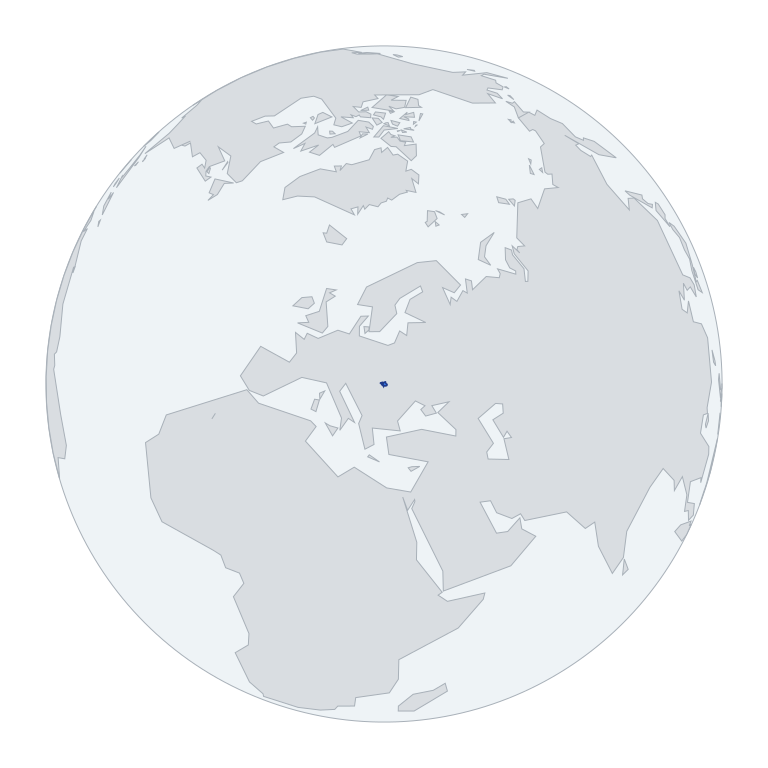 Szabolcs-Szatmár-Bereg on an orthographic globe, rotated 18°
{"feature_id": "HUN-3169", "entity_name": "Szabolcs-Szatmár-Bereg", "entity_type": "County", "adm_level": 1, "iso_a3": "HUN", "parent_name": "Hungary", "parent_adm1": "", "projection": "orthographic", "projection_center": [22.06, 48.0], "detail": "fine", "context": "on_globe", "style": "filled", "palette": "blue", "viewbox_px": 768, "rotation_deg": 18, "n_neighbors": 0, "source": "natural_earth", "source_scale": "10m", "svg_char_len": 12163}
<svg xmlns="http://www.w3.org/2000/svg" viewBox="0 0 768 768"><g transform="rotate(18 384 384)"><circle cx="384" cy="384" r="338" fill="#eef3f6" stroke="#a8b0b8"/><path d="M221.1,88.0L241.6,78.1L260.5,75.5L250.9,78.9L256.5,78.6L268.9,74.5L275.7,72.0L311.8,70.7L353.1,66.4L365.2,61.9L363.3,66.0L385.6,56.1L407.4,55.0L383.3,58.5L381.3,60.7L396.3,60.6L397.5,63.0L405.4,64.6L405.5,67.7L391.4,70.3L391.1,72.6L401.8,72.5L408.6,76.1L392.9,75.8L403.1,82.3L381.4,89.5L339.5,88.9L327.9,98.1L285.8,112.0L290.1,114.4L276.9,122.1L276.8,128.0L269.0,129.6L275.8,133.1L282.9,130.6L288.2,131.4L288.9,134.9L279.0,137.2L277.3,135.8L274.7,138.4L269.5,138.2L272.5,140.3L260.5,143.2L273.2,145.6L264.3,152.4L256.2,153.0L256.0,146.0L236.7,132.3L228.3,132.0L216.7,137.9L196.9,162.9L188.1,166.0L176.9,175.1L182.1,176.2L192.8,169.6L199.8,174.7L211.9,166.7L216.6,167.9L229.5,163.2L228.5,171.6L220.6,182.6L209.8,187.2L206.0,192.5L217.0,194.8L197.8,210.7L186.5,234.5L181.4,238.2L169.9,232.3L167.9,214.5L153.1,209.6L163.6,221.0L150.7,231.2L149.0,236.6L150.2,241.2L155.5,240.7L151.3,246.3L139.3,236.4L143.0,231.2L146.7,234.1L145.7,226.2L137.5,220.9L131.6,227.1L125.5,214.6L121.2,219.2L117.5,219.4L124.8,212.8L111.6,224.8L103.5,216.4L85.4,238.8L102.2,212.0L107.5,201.0L112.4,190.3L109.4,193.6L120.0,176.6L122.7,170.4L116.2,177.9L134.1,156.6L153.6,136.8L174.7,118.7L197.3,102.4L221.1,88.0ZM91.1,215.5L92.2,213.9L87.0,224.5L82.0,232.3L91.1,215.5ZM74.5,248.4L69.8,259.8L67.7,265.0L74.5,248.4ZM55.7,303.8L53.9,311.6L54.8,310.6L54.7,319.0L51.0,332.1L53.9,327.8L51.8,341.5L53.8,368.0L52.7,368.9L53.9,407.2L61.1,439.1L62.7,454.6L61.3,457.5L65.1,468.0L65.3,472.1L85.9,512.9L100.9,540.6L103.5,553.8L96.8,554.7L104.7,574.2L104.3,573.6L90.7,551.9L78.8,529.1L68.7,505.6L60.4,481.3L53.9,456.5L49.4,431.2L46.8,405.7L46.1,380.0L47.4,354.4L50.6,328.9L55.7,303.8ZM80.8,244.6L68.9,280.0L70.8,266.9L71.3,267.7L75.4,257.1L81.2,241.5L84.2,231.4L80.8,244.6ZM86.3,244.3L87.9,239.2L87.0,243.3L86.3,244.3ZM278.5,70.7L269.0,74.3L257.4,77.4L265.2,74.0L278.5,70.7ZM300.7,66.8L296.6,68.7L290.7,67.9L294.9,67.0L300.7,66.8ZM373.6,58.5L365.7,59.2L373.0,57.8L373.6,58.5ZM406.5,64.3L408.4,63.5L411.8,64.7L406.5,64.3ZM229.2,159.0L229.3,161.0L226.8,160.8L229.2,159.0ZM234.6,155.2L231.7,153.5L233.8,151.4L235.6,152.5L234.6,155.2ZM414.8,70.8L419.6,73.4L412.3,71.1L414.8,70.8ZM237.8,157.8L238.0,148.1L241.9,144.6L251.9,146.1L237.8,157.8ZM420.8,75.2L432.5,82.2L437.7,80.7L429.6,89.4L422.3,80.2L412.5,77.5L419.4,77.3L420.8,75.2ZM284.9,128.3L277.3,131.1L283.0,125.7L284.9,128.3ZM287.2,124.7L297.1,108.2L308.6,106.2L303.0,111.9L317.4,107.4L318.1,114.5L310.4,118.6L302.8,118.3L308.9,121.4L287.2,124.7ZM423.2,93.5L423.9,95.8L420.5,93.9L423.2,93.5ZM290.8,131.3L291.8,127.9L301.8,125.9L301.7,132.4L298.5,130.9L290.8,131.3ZM320.8,102.9L328.3,102.8L330.9,108.5L334.1,109.3L319.2,114.5L320.8,102.9ZM296.5,133.1L301.4,135.8L297.2,140.0L290.5,134.6L296.5,133.1ZM304.5,122.8L309.2,122.3L306.5,124.6L304.5,122.8ZM285.3,157.3L286.2,152.8L291.5,151.2L285.3,157.3ZM303.5,136.5L304.9,135.1L307.1,134.1L309.3,136.8L303.5,136.5ZM322.1,118.3L321.6,120.9L328.3,116.5L330.6,120.9L320.2,123.7L325.6,124.3L326.3,125.7L317.0,126.6L322.1,118.3ZM318.2,136.7L305.7,142.4L302.8,150.7L298.0,152.2L303.6,138.5L318.2,136.7ZM318.3,130.6L317.2,134.6L311.8,134.2L309.2,131.2L318.3,130.6ZM335.9,123.0L335.1,115.5L337.4,115.2L335.9,123.0ZM318.4,139.1L321.4,137.7L318.8,139.7L318.4,139.1ZM331.7,127.9L331.1,125.2L333.8,124.9L331.7,127.9ZM327.9,137.4L323.9,139.1L322.0,137.0L327.9,137.4ZM330.5,133.1L334.3,133.4L323.8,135.2L329.8,131.9L330.5,133.1ZM334.3,128.1L335.7,127.1L334.2,129.3L334.3,128.1ZM337.3,144.7L324.5,147.5L320.4,142.7L333.4,140.6L337.3,144.7ZM197.5,564.3L175.3,513.4L185.3,501.3L186.5,480.7L255.3,431.8L270.6,441.0L325.6,441.7L332.6,445.4L326.9,462.6L368.9,486.6L381.4,472.3L418.6,482.0L442.8,478.5L450.0,444.4L410.4,449.5L402.7,433.7L433.8,415.5L468.4,411.3L466.5,405.1L444.0,394.5L451.3,380.8L436.2,389.8L442.8,395.5L433.5,401.6L426.9,396.9L429.7,392.0L419.1,390.4L408.3,415.0L413.9,423.6L386.5,429.5L393.2,444.6L386.0,451.9L372.1,429.4L372.9,420.8L347.4,395.2L344.1,404.6L367.9,429.7L360.7,427.7L356.3,441.7L354.1,429.5L329.0,400.7L303.8,403.1L272.9,432.7L257.9,431.7L244.9,420.6L255.1,386.3L287.3,392.5L291.3,381.5L283.9,362.3L294.3,366.2L295.3,359.5L307.3,361.0L323.5,347.1L335.6,347.1L341.1,326.7L348.1,324.2L342.8,336.7L345.7,345.9L375.8,346.1L381.3,341.7L382.5,328.7L390.6,330.9L387.9,318.4L404.7,312.6L381.9,309.6L382.6,295.5L392.3,284.4L388.4,279.5L372.6,297.7L370.0,305.6L374.4,313.1L363.7,335.5L353.6,338.9L349.2,314.2L334.3,316.6L337.4,297.2L378.1,258.3L395.6,250.5L426.2,266.2L422.6,275.5L409.9,274.2L422.4,288.0L421.0,280.7L427.8,282.9L430.2,270.8L435.1,271.8L429.0,258.9L435.3,258.9L439.1,267.0L448.0,250.2L460.8,247.3L460.4,243.1L456.4,239.4L475.4,238.8L474.3,235.8L467.7,234.7L461.2,228.3L457.1,216.9L463.9,217.2L466.3,221.4L481.5,231.1L486.8,242.8L489.1,241.9L486.1,231.9L467.6,219.9L463.2,213.0L472.6,217.4L468.9,215.2L468.8,211.9L475.1,209.2L465.1,204.0L455.3,170.3L466.6,162.5L476.0,169.6L476.4,148.8L489.0,143.3L482.9,142.1L478.9,132.4L474.9,133.9L471.6,132.7L459.6,110.2L462.1,105.8L449.9,96.4L446.8,96.0L444.3,98.6L429.6,89.4L437.7,80.7L444.4,81.9L444.9,76.2L460.3,80.1L473.2,81.2L489.6,89.8L498.4,90.6L497.6,88.3L508.9,88.3L535.0,97.1L517.5,99.5L479.0,91.6L495.1,95.3L492.5,97.6L498.9,101.0L510.2,103.8L510.8,102.1L534.3,125.2L563.5,142.6L558.8,132.0L564.4,129.9L593.5,144.0L634.4,187.9L642.3,188.5L648.4,193.9L654.1,204.7L645.3,197.0L643.4,201.2L637.6,195.6L643.8,211.5L635.7,204.2L644.4,220.8L650.4,222.7L647.9,210.9L659.0,229.2L667.3,228.7L677.5,240.1L694.9,281.0L698.6,306.7L700.7,312.0L697.3,314.7L700.2,333.0L712.3,343.1L714.5,350.5L715.7,380.0L714.4,375.1L705.6,382.2L709.2,402.8L716.1,401.8L718.7,413.1L715.7,419.5L712.5,410.3L709.2,412.3L706.3,395.8L696.4,379.9L693.1,395.6L689.7,386.0L675.6,378.1L668.8,400.2L660.4,449.1L665.3,475.0L659.7,493.6L638.1,472.1L627.1,450.2L620.1,459.2L597.2,449.2L560.1,470.3L554.0,465.2L547.2,472.4L530.9,471.6L521.4,462.1L511.9,466.7L537.1,491.1L547.2,486.1L554.6,469.3L559.8,479.2L575.4,481.9L560.8,517.7L504.4,562.6L497.8,543.8L448.9,493.9L449.7,486.5L449.5,485.7L448.8,484.4L445.5,496.8L436.7,485.7L464.1,524.4L469.2,541.2L503.7,564.1L500.7,568.1L511.5,571.1L544.5,551.6L544.9,558.1L530.0,593.1L483.3,641.6L488.9,660.3L484.5,676.1L454.0,691.0L455.5,699.4L439.6,704.6L437.7,708.7L424.2,713.8L402.2,718.1L366.0,718.3L364.7,716.0L348.1,708.9L325.5,685.5L335.6,674.1L332.7,663.1L306.5,632.8L312.3,616.9L305.0,608.5L290.2,607.7L281.7,597.1L272.6,594.8L215.4,583.6L197.5,564.3ZM232.7,464.0L231.1,470.2L231.1,470.3L232.7,464.0ZM506.2,423.2L526.1,417.2L515.0,399.0L521.8,395.5L515.6,390.9L514.1,397.8L498.6,384.4L506.4,374.9L503.0,366.3L496.1,368.0L484.2,387.7L506.4,406.6L502.7,416.9L506.2,423.2ZM54.0,368.7L53.8,374.5L53.1,370.2L54.0,368.7ZM68.6,269.9L67.3,275.5L65.7,280.2L66.3,276.7L68.6,269.9ZM63.6,315.7L63.3,323.0L62.5,317.5L63.6,315.7ZM67.6,285.4L63.8,310.3L62.5,301.2L65.3,285.8L64.8,293.4L67.6,285.4ZM81.8,248.5L80.4,252.6L79.2,253.8L81.8,248.5ZM85.6,247.4L85.7,246.3L87.5,242.9L85.6,247.4ZM151.4,231.7L152.3,232.7L152.4,238.0L150.0,236.8L151.4,231.7ZM167.0,255.3L159.8,263.8L163.3,256.6L158.6,256.2L159.9,241.2L178.9,239.3L170.1,242.6L167.0,255.3ZM167.1,221.5L164.0,230.6L166.6,220.8L167.1,221.5ZM288.5,323.3L292.8,328.7L288.6,335.9L273.2,337.8L279.2,327.2L288.5,323.3ZM300.0,334.9L299.9,310.9L309.5,309.3L304.1,314.1L310.5,315.5L303.6,323.8L312.8,346.6L309.6,354.6L282.9,352.6L293.4,348.6L288.5,343.2L300.0,334.9ZM282.9,258.3L283.0,249.6L303.6,257.3L301.1,264.7L285.6,266.6L279.4,259.0L282.9,258.3ZM255.4,163.0L254.1,160.3L256.9,159.5L260.2,161.1L255.4,163.0ZM285.3,155.3L263.9,174.2L261.4,171.9L252.0,186.5L241.5,186.5L248.0,176.9L232.9,188.2L234.5,179.6L225.1,188.1L240.5,166.7L241.4,159.9L244.4,167.4L254.0,167.5L258.3,165.5L271.5,155.0L278.0,141.2L288.6,139.6L294.3,142.3L294.3,145.3L287.5,145.2L292.4,149.5L282.5,151.7L285.3,155.3ZM354.9,183.0L346.9,180.0L355.2,191.9L345.3,193.0L346.9,194.3L340.1,198.8L334.5,206.7L330.0,206.0L329.8,209.4L325.3,212.7L323.5,217.3L314.6,217.9L311.7,223.7L309.2,220.7L306.5,230.6L304.5,223.6L298.5,227.6L303.6,232.3L260.2,227.5L243.6,232.0L230.8,240.0L229.1,227.7L239.9,212.7L256.9,199.1L273.1,196.9L269.4,192.1L276.1,189.8L276.2,194.6L280.0,186.0L285.6,185.4L300.6,175.3L302.6,164.0L308.2,160.3L310.2,164.5L314.3,157.9L321.9,163.5L326.0,161.2L337.6,164.7L339.0,174.8L343.6,171.4L352.6,174.4L354.9,183.0ZM340.4,145.9L344.3,156.9L340.9,163.2L322.2,154.6L317.3,155.9L305.2,151.3L310.5,142.6L313.5,144.6L317.6,144.6L314.3,147.3L320.0,145.2L324.3,148.1L329.9,147.3L329.7,151.0L340.4,145.9ZM340.2,439.2L345.5,440.4L353.8,440.1L351.1,449.2L340.2,439.2ZM322.7,419.9L327.5,419.2L327.8,431.3L322.3,430.4L322.7,419.9ZM329.8,408.9L327.7,418.3L325.5,412.7L329.8,408.9ZM347.2,335.6L352.3,334.3L352.9,337.4L350.3,341.8L347.2,335.6ZM377.4,220.9L373.3,217.6L374.8,215.9L371.8,205.7L378.8,204.5L383.4,210.2L377.4,220.9ZM443.5,451.3L436.7,458.7L432.9,456.2L436.0,454.1L443.5,451.3ZM391.9,455.9L403.8,459.5L391.0,458.3L391.9,455.9ZM384.6,217.9L382.5,213.7L387.3,215.7L384.6,217.9ZM383.8,203.1L389.4,204.5L379.4,203.2L383.8,203.1ZM539.2,656.5L513.7,685.7L498.6,690.6L497.2,685.9L507.6,670.1L525.5,660.1L534.7,649.7L539.2,656.5ZM718.1,434.5L715.7,441.4L706.1,434.5L709.7,426.3L718.4,419.5L718.1,424.5L719.6,422.1L718.4,433.0L718.1,434.5ZM721.5,401.4L721.4,396.0L721.4,386.6L721.7,380.6L718.1,334.7L718.0,332.6L721.5,366.9L721.5,401.4ZM666.6,476.2L673.5,484.8L669.9,491.8L666.6,476.2ZM713.3,309.8L717.0,328.9L712.5,307.5L713.3,309.8ZM708.5,292.8L710.0,296.9L709.2,296.2L708.5,292.8ZM704.0,318.7L703.9,326.4L702.2,323.2L701.3,311.6L704.0,318.7ZM685.4,250.2L691.6,259.7L693.8,264.2L690.7,261.4L685.4,250.2ZM442.0,205.8L438.3,221.0L440.3,232.0L448.8,238.1L435.2,236.5L432.1,219.4L442.0,205.8ZM453.0,174.4L445.5,169.8L449.7,168.0L452.0,168.8L453.0,174.4ZM447.8,174.3L437.0,176.1L433.4,171.1L442.7,170.6L447.8,174.3ZM410.9,196.2L409.3,200.6L405.4,198.8L410.9,196.2ZM710.1,295.4L711.7,301.5L708.2,288.7L709.0,291.4L710.1,295.4ZM711.3,300.4L709.8,295.5L708.9,291.4L711.3,300.4ZM706.8,284.0L705.2,279.1L705.7,280.6L706.8,284.0ZM705.8,285.2L706.6,283.9L708.4,293.5L700.8,276.4L699.4,270.2L705.8,285.2ZM649.5,186.3L645.6,183.3L642.2,177.3L645.9,181.0L649.5,186.3ZM627.6,156.8L640.0,174.8L649.4,190.3L650.0,188.7L658.4,198.7L653.6,197.3L641.8,181.1L636.0,170.7L628.3,163.6L619.8,153.4L611.0,147.9L605.1,142.3L611.2,144.3L627.6,156.8ZM607.4,146.1L589.1,134.9L585.9,127.4L589.2,128.1L599.0,136.2L600.1,139.7L607.4,146.1ZM583.8,130.2L584.6,133.6L559.5,128.5L553.5,125.8L570.9,124.6L572.6,128.0L579.4,130.8L583.8,130.2ZM427.4,95.4L424.2,95.8L425.7,94.0L427.4,95.4ZM469.5,133.8L465.4,131.9L467.2,129.6L469.5,133.8ZM454.8,125.5L455.6,129.4L451.9,125.1L454.8,125.5ZM458.1,138.5L454.6,130.9L462.0,138.4L458.1,138.5Z" fill="#d9dde1" stroke="#a8b0b8" stroke-width="1"/><path d="M387.2,384.3L387.1,384.6L386.8,384.7L386.7,384.8L386.8,384.9L386.7,385.0L386.4,385.2L386.3,385.3L386.1,385.4L385.9,385.4L385.6,385.3L385.4,385.3L385.4,385.5L385.2,385.6L384.9,385.6L384.7,385.8L384.6,386.0L384.4,386.3L384.4,386.5L384.3,386.4L384.2,386.0L384.1,385.9L384.0,386.1L383.9,386.0L383.9,385.9L383.8,385.7L383.5,385.5L383.3,385.5L383.2,385.8L383.0,385.7L382.9,385.7L382.6,385.6L382.4,385.5L382.3,385.4L381.9,385.1L382.0,384.8L382.0,384.5L382.0,384.4L381.8,384.3L381.7,384.4L381.1,384.4L380.9,384.5L380.6,384.3L380.3,384.2L380.4,383.9L380.5,383.8L380.7,383.7L380.8,383.7L380.9,383.8L381.0,383.8L381.3,383.8L381.5,383.7L381.6,383.4L381.5,383.2L381.7,382.9L381.8,382.9L382.0,383.0L382.2,382.9L382.4,383.0L382.5,383.0L382.8,382.8L383.0,382.8L383.0,382.7L383.4,382.6L383.5,382.6L383.7,382.4L383.8,382.2L384.0,382.2L384.3,381.7L384.6,381.5L384.8,381.6L384.8,381.8L384.9,382.0L385.0,382.3L385.2,382.6L385.3,382.6L385.5,382.6L385.9,382.9L386.0,383.1L386.1,383.3L386.5,383.4L386.8,383.3L386.9,383.5L387.0,383.6L387.2,383.8L387.1,384.0L387.2,384.3ZM383.2,384.1L383.0,383.9L382.8,383.8L382.7,383.9L382.4,383.8L382.4,384.0L382.3,384.4L382.3,384.7L382.5,384.8L382.8,384.9L382.9,385.0L383.1,384.9L383.2,384.7L383.3,384.5L383.4,384.3L383.4,384.1L383.2,384.1Z" fill="#3b82f6" stroke="#1e3a8a" stroke-width="1.5"/></g></svg>